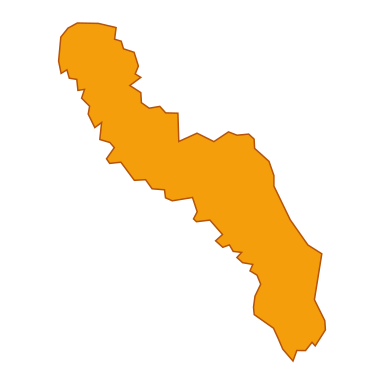 outline of King and Queen, Virginia, United States of America
{"feature_id": "52423323B46696554081250", "entity_name": "King and Queen", "entity_type": "district", "adm_level": 2, "iso_a3": "USA", "parent_name": "United States of America", "parent_adm1": "Virginia", "projection": "mercator", "projection_center": [-76.93, 37.702], "detail": "fine", "context": "isolated", "style": "filled", "palette": "amber", "viewbox_px": 384, "rotation_deg": 0, "n_neighbors": 0, "source": "geoboundaries", "source_scale": "gbopen_adm2", "svg_char_len": 1160}
<svg xmlns="http://www.w3.org/2000/svg" viewBox="0 0 384 384"><path d="M61.1,73.4L66.9,69.8L69.3,78.2L76.8,79.4L77.9,90.4L84.5,89.4L81.6,98.2L89.6,106.2L88.2,114.1L94.8,127.6L101.6,122.5L99.8,139.5L109.9,142.5L114.3,147.6L106.5,158.8L109.7,163.4L120.9,162.2L134.3,180.3L145.6,179.7L152.1,188.8L164.5,189.8L165.5,197.8L172.3,200.8L192.5,197.5L197.2,211.8L193.5,218.9L196.5,221.7L209.9,220.1L222.5,234.5L215.6,240.8L222.8,247.3L229.4,244.9L233.2,251.4L241.6,252.4L236.9,257.5L242.6,262.7L252.8,264.4L250.0,270.9L257.0,275.1L260.7,284.2L255.0,296.1L253.5,307.2L254.2,314.6L273.5,328.2L278.3,338.7L282.8,349.2L293.0,361.0L296.8,350.5L305.5,350.6L312.0,342.3L315.2,345.9L325.4,329.9L324.8,320.7L314.4,299.7L321.8,253.8L307.9,245.0L290.2,219.8L273.9,186.1L273.9,175.5L269.0,161.4L254.6,148.4L254.1,139.1L248.7,134.1L237.0,135.2L228.5,131.9L213.9,141.6L197.0,133.2L178.8,141.5L177.9,113.2L165.7,112.9L159.8,106.4L149.2,108.2L141.4,102.7L140.8,92.6L129.8,85.5L140.8,77.4L135.2,73.9L138.4,66.1L134.1,52.3L123.5,48.8L121.2,41.2L114.6,39.2L116.1,27.6L98.4,23.4L77.3,23.0L68.0,28.1L60.8,37.1L58.6,61.1L61.1,73.4Z" fill="#f59e0b" stroke="#b45309" stroke-width="1.5"/></svg>